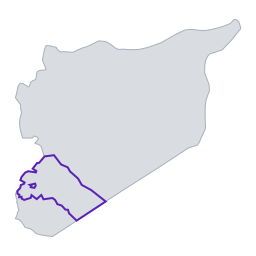 Rif Dimashq on a map of Syria (Albers equal-area conic projection)
{"feature_id": "SYR-144", "entity_name": "Rif Dimashq", "entity_type": "Province", "adm_level": 1, "iso_a3": "SYR", "parent_name": "Syria", "parent_adm1": "", "projection": "albers", "projection_center": [36.607, 33.459], "detail": "coarse", "context": "in_parent", "style": "outline", "palette": "violet", "viewbox_px": 256, "rotation_deg": 0, "n_neighbors": 0, "source": "natural_earth", "source_scale": "10m", "svg_char_len": 2629}
<svg xmlns="http://www.w3.org/2000/svg" viewBox="0 0 256 256"><path d="M20.1,83.2L22.7,83.5L28.2,86.8L29.1,86.7L30.8,82.3L32.4,80.8L35.8,79.5L36.8,72.4L38.4,71.0L40.3,70.3L43.2,70.2L45.8,69.7L45.9,68.5L42.4,60.2L42.7,58.1L44.4,49.8L45.5,46.6L46.5,45.5L50.6,45.9L56.2,47.4L57.7,49.8L60.5,51.9L64.6,51.7L69.4,52.1L73.2,52.2L76.1,50.7L82.8,47.8L86.2,46.9L89.2,45.6L98.9,40.9L102.8,41.2L105.5,41.7L107.5,42.4L112.2,45.5L116.0,48.5L118.7,49.4L123.5,49.2L130.4,49.7L138.9,49.4L143.8,48.4L150.1,46.7L161.3,42.6L175.8,34.3L184.4,30.2L188.1,29.6L193.0,29.4L197.9,30.2L203.4,30.6L206.0,30.4L211.9,29.4L219.6,27.4L224.4,25.9L230.2,23.5L233.7,19.8L234.9,19.4L236.4,19.9L237.1,20.1L238.8,22.0L240.6,27.1L240.6,27.7L240.4,29.1L236.8,33.6L231.9,39.6L228.3,43.4L222.3,49.8L217.6,51.4L209.7,54.0L207.7,56.2L205.8,59.7L204.9,64.5L204.7,67.5L204.7,73.0L206.8,78.6L208.9,84.0L209.3,87.7L209.3,91.2L207.7,95.2L206.0,100.5L205.2,106.5L205.1,117.6L205.5,127.0L205.4,128.6L202.3,135.4L198.7,143.4L197.0,145.3L188.4,147.9L179.2,154.0L168.9,160.8L159.5,166.9L149.5,173.3L139.2,179.9L131.8,184.6L121.9,190.9L112.8,196.8L103.6,202.8L96.5,207.4L85.8,214.6L79.6,218.8L70.3,224.9L62.1,230.3L52.4,236.6L40.2,234.8L36.3,233.7L33.1,230.7L30.8,229.0L25.1,227.4L21.4,221.7L19.2,219.7L15.4,218.7L17.0,215.1L17.4,212.7L19.0,209.8L18.0,207.9L17.5,203.8L16.8,202.8L16.6,201.8L17.1,200.5L16.9,199.1L16.3,198.5L16.0,196.5L15.5,195.0L15.7,193.2L16.6,192.0L17.5,189.7L18.5,189.0L20.1,187.6L20.6,186.1L22.0,184.7L24.0,183.5L24.4,182.5L24.1,182.0L22.2,180.9L21.2,179.0L22.1,176.3L22.7,175.4L23.9,174.1L26.5,172.0L28.6,171.7L30.3,171.7L33.3,171.9L35.6,172.3L36.2,171.8L36.1,171.1L33.3,169.4L33.1,168.1L33.8,166.7L35.8,164.4L38.2,162.8L39.5,162.5L42.2,159.2L44.0,155.5L41.1,146.5L39.4,145.0L36.7,143.8L35.0,143.6L34.9,143.0L37.1,140.7L38.6,138.8L36.9,136.9L33.9,136.0L32.7,137.9L28.8,138.1L22.6,138.0L20.0,128.5L19.6,124.4L19.7,119.6L21.6,112.7L20.8,109.5L20.7,107.3L20.3,104.3L15.5,97.8L18.2,86.0L20.1,83.2Z" fill="#d9dde1" stroke="#a8b0b8" stroke-width="1"/><path d="M39.0,162.9L44.6,156.4L54.0,155.2L61.1,164.5L67.7,167.3L70.0,171.4L78.1,178.6L81.7,184.9L91.1,190.0L105.7,201.5L76.6,220.6L69.0,213.3L68.0,209.8L65.4,209.6L61.6,205.5L57.4,204.2L55.2,200.1L52.5,198.0L43.5,199.3L41.3,195.0L36.7,199.1L31.5,195.1L30.7,197.9L24.2,199.9L21.7,198.7L21.6,196.8L19.2,197.2L19.4,194.7L17.5,193.7L17.3,191.3L20.3,187.8L20.8,185.0L23.9,183.9L24.6,182.5L20.4,180.2L21.4,177.2L25.0,172.7L28.2,171.2L35.9,172.4L36.3,171.0L32.7,168.7L37.1,163.0L39.0,162.9ZM34.4,187.9L35.7,185.6L35.1,183.6L29.7,184.9L31.4,186.0L30.8,187.2L34.4,187.9Z" fill="none" stroke="#5b21b6" stroke-width="2"/></svg>